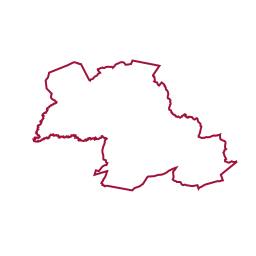 Juaboso, Western, Ghana (Equal Earth projection), rotated 253°
{"feature_id": "2480657B56579001772859", "entity_name": "Juaboso", "entity_type": "district", "adm_level": 2, "iso_a3": "GHA", "parent_name": "Ghana", "parent_adm1": "Western", "projection": "equal_earth", "projection_center": [-2.893, 6.431], "detail": "fine", "context": "isolated", "style": "outline", "palette": "rose", "viewbox_px": 256, "rotation_deg": 253, "n_neighbors": 0, "source": "geoboundaries", "source_scale": "gbopen_adm2", "svg_char_len": 5755}
<svg xmlns="http://www.w3.org/2000/svg" viewBox="0 0 256 256"><g transform="rotate(253 128 128)"><path d="M94.8,214.2L94.6,213.3L94.9,212.1L94.7,210.9L95.1,210.3L95.1,208.9L95.8,208.0L95.7,205.2L95.3,203.7L95.7,202.3L95.7,201.6L96.5,200.1L96.2,198.2L96.7,197.0L96.6,196.1L98.9,193.0L99.9,193.2L100.6,194.0L102.3,195.3L108.0,198.6L108.7,197.9L110.8,198.5L113.7,196.9L116.7,197.1L117.4,196.4L116.6,194.5L116.9,193.7L117.2,193.3L118.4,193.0L118.9,192.5L119.7,192.4L120.7,190.3L120.5,190.1L120.9,189.5L120.4,188.5L120.5,187.8L121.6,187.5L121.5,187.0L122.1,186.8L122.5,186.3L123.1,186.7L123.8,186.6L124.1,186.2L124.2,186.8L124.5,186.6L124.6,186.2L123.9,184.6L123.8,183.5L123.6,183.1L123.1,183.0L123.1,182.2L122.6,180.9L123.2,180.2L124.3,179.5L124.2,178.3L124.9,177.3L125.6,177.3L125.9,176.8L126.3,176.9L127.5,175.9L127.6,175.3L128.2,174.9L129.3,174.8L129.7,174.2L130.4,174.1L130.5,174.3L132.3,174.1L133.5,172.8L135.4,173.2L136.2,174.1L137.7,174.8L138.3,175.7L139.0,176.0L140.8,175.9L142.0,176.7L143.6,176.2L144.1,175.8L144.3,175.1L145.0,174.8L146.3,175.1L148.7,176.5L151.1,176.7L152.9,176.2L153.8,175.5L155.6,175.9L156.5,175.5L157.3,175.7L157.6,175.2L159.0,175.3L161.7,173.5L159.5,170.1L160.1,169.6L161.4,169.2L163.0,169.1L164.0,167.5L164.9,166.6L165.7,167.6L168.4,168.1L168.7,167.8L169.5,168.1L170.1,167.8L170.4,167.2L171.1,167.3L178.3,176.3L191.2,152.0L188.3,149.6L188.8,146.0L189.2,144.2L191.6,143.3L192.3,142.5L193.0,140.5L192.8,138.3L192.5,137.7L192.6,135.8L191.8,133.9L191.1,133.2L190.1,131.3L190.5,131.3L191.0,130.5L191.3,130.4L191.4,129.4L192.5,126.7L192.7,124.4L192.3,123.0L192.7,121.8L193.2,121.4L193.3,119.4L192.9,117.4L193.1,116.4L192.1,116.1L188.9,117.5L188.6,115.3L187.5,114.1L187.2,113.4L186.8,111.0L185.3,108.8L185.2,106.0L184.5,105.6L185.3,104.9L202.9,101.7L203.1,100.8L203.7,99.9L204.4,99.5L204.3,99.1L206.2,96.8L206.7,94.9L205.7,89.0L204.0,68.8L199.9,66.4L197.6,63.2L189.6,61.7L183.1,65.1L182.4,64.4L181.3,64.1L180.8,63.6L179.4,63.3L178.5,63.6L177.4,64.2L175.8,66.0L174.9,66.3L173.8,67.3L173.3,67.2L172.7,65.9L173.0,65.0L173.0,64.0L172.4,63.7L172.3,61.1L172.0,60.4L171.8,60.4L171.7,59.2L170.8,58.4L170.8,57.5L170.4,56.4L169.8,56.0L168.9,56.5L168.6,56.2L168.5,55.6L167.9,55.5L167.1,54.1L166.7,54.1L166.9,53.5L166.7,53.4L166.8,52.2L166.4,51.1L165.9,50.8L165.8,50.3L165.2,49.9L164.8,50.7L164.4,50.9L164.4,50.0L163.8,50.3L163.2,49.9L161.9,50.0L161.0,48.2L160.4,47.8L160.3,47.4L160.2,47.6L159.9,47.2L159.3,47.2L159.5,46.4L159.3,46.1L157.7,46.1L157.3,45.8L156.9,44.7L156.7,42.4L156.1,42.3L155.9,42.7L155.1,42.6L155.1,42.2L154.3,41.4L153.6,41.4L153.2,41.7L153.0,40.9L152.0,40.7L151.8,40.0L151.2,39.7L150.9,39.0L150.1,39.4L149.8,39.0L149.7,39.3L148.0,39.4L147.3,40.4L147.0,40.2L146.5,40.8L145.3,41.0L144.6,39.5L145.5,38.3L145.3,37.3L145.8,37.0L146.2,36.1L145.5,35.4L144.8,35.6L144.8,34.8L144.4,35.1L144.3,34.3L143.8,34.3L143.0,34.9L142.8,34.7L142.6,35.3L142.1,35.7L141.7,36.6L141.7,37.5L141.3,37.7L141.3,38.5L141.6,38.6L141.3,38.8L141.2,40.0L141.2,40.5L141.6,40.8L141.7,41.8L142.2,42.6L141.9,43.0L142.1,43.2L142.1,44.2L142.3,44.4L142.0,44.5L142.5,45.3L142.4,46.6L142.6,47.0L142.1,47.1L142.1,47.9L141.4,48.4L141.6,49.0L141.9,48.9L141.7,49.1L141.8,49.5L142.1,49.3L142.0,49.8L143.2,50.5L143.7,52.0L144.1,52.1L143.7,52.8L143.9,53.4L143.5,53.7L143.7,54.7L142.8,55.0L142.7,54.5L142.4,54.6L142.1,55.5L142.1,56.2L141.9,56.2L142.3,56.4L142.1,57.7L141.6,57.6L141.1,58.5L140.7,58.0L141.0,58.9L140.5,58.8L140.1,59.7L139.6,60.2L139.0,59.4L138.8,59.8L139.1,60.1L139.0,60.5L139.5,61.2L139.1,62.1L138.9,61.6L138.8,63.1L138.5,63.2L138.7,63.8L137.9,63.8L137.4,64.2L137.3,64.8L137.0,64.6L137.6,65.3L137.6,66.6L137.9,66.8L137.4,67.2L137.6,67.6L137.3,68.8L136.6,69.0L136.4,68.7L136.3,69.1L136.6,69.4L136.3,69.8L136.4,70.9L137.2,71.5L137.1,72.2L137.4,72.2L137.1,72.8L136.9,72.7L136.8,72.9L137.2,73.9L136.6,74.1L136.6,74.3L136.2,74.0L135.7,74.6L135.7,75.4L135.3,75.2L135.6,75.7L134.9,75.7L134.7,75.2L133.9,75.3L133.6,75.8L133.5,76.3L133.8,76.9L133.6,77.3L132.5,77.3L131.8,78.1L131.7,77.5L131.0,77.1L130.7,77.6L130.4,77.5L130.0,78.5L130.2,79.4L129.6,79.8L129.3,80.6L128.7,81.3L128.5,82.0L129.4,83.9L129.2,84.9L128.9,84.6L128.5,84.6L128.6,84.9L128.2,84.7L128.3,85.7L128.9,87.4L129.3,87.4L129.4,87.9L129.7,87.7L129.7,88.3L129.5,89.0L128.9,89.5L128.0,89.4L128.4,91.4L127.6,92.1L128.2,92.9L128.1,93.2L128.4,94.1L127.8,94.4L127.6,94.0L127.2,94.2L126.7,93.8L126.8,94.7L126.1,96.1L126.4,98.0L126.8,98.5L126.4,99.5L127.1,100.4L127.8,100.4L127.8,101.1L127.2,101.1L125.8,102.3L125.2,102.4L125.2,102.8L124.7,102.9L124.9,103.8L124.0,104.5L123.6,103.4L122.3,102.0L119.7,100.9L117.6,99.0L114.1,96.9L111.8,96.4L109.3,96.4L105.1,95.3L103.6,97.4L102.0,97.0L101.3,97.2L100.6,98.0L100.0,97.4L99.1,97.0L98.9,96.7L99.2,94.6L98.4,91.9L95.3,87.6L96.9,84.9L93.0,82.3L92.9,95.6L92.3,95.3L91.7,94.4L90.4,93.9L87.6,91.6L87.1,90.7L86.2,89.9L85.9,89.2L84.9,88.8L83.8,87.1L83.0,86.4L82.2,87.2L81.4,87.3L80.9,86.9L80.3,88.2L79.4,88.3L79.0,88.8L79.1,90.0L78.9,91.1L67.1,113.8L68.4,116.2L68.8,118.5L68.7,119.6L69.0,122.9L69.9,124.8L70.0,125.8L75.6,132.4L75.6,133.9L75.0,135.3L74.9,136.9L74.3,138.3L74.3,143.7L73.9,144.6L73.5,147.5L74.0,151.5L75.1,154.3L75.9,159.3L76.0,162.5L74.2,160.3L73.0,158.3L67.5,157.2L65.6,155.7L64.0,156.9L63.3,158.2L62.1,158.9L61.0,162.3L58.3,162.9L57.3,163.8L57.2,165.9L55.7,167.9L55.4,169.1L54.6,170.4L53.6,172.6L53.0,177.7L49.3,177.7L50.1,178.8L50.5,182.3L50.9,183.1L51.3,185.5L51.0,198.1L50.3,200.0L50.4,202.4L50.2,203.4L56.2,203.1L63.7,221.7L64.3,221.7L64.2,220.4L64.7,218.9L65.3,217.8L65.8,217.5L65.3,214.6L65.5,213.9L66.9,212.3L67.7,211.1L69.2,211.5L69.6,212.8L72.9,212.2L76.8,212.1L77.2,213.1L78.6,213.7L79.2,215.7L80.8,215.0L83.7,216.1L84.1,216.5L86.2,217.1L87.4,216.4L88.4,215.0L90.3,213.1L93.2,213.5L94.8,214.2Z" fill="none" stroke="#9f1239" stroke-width="2"/></g></svg>